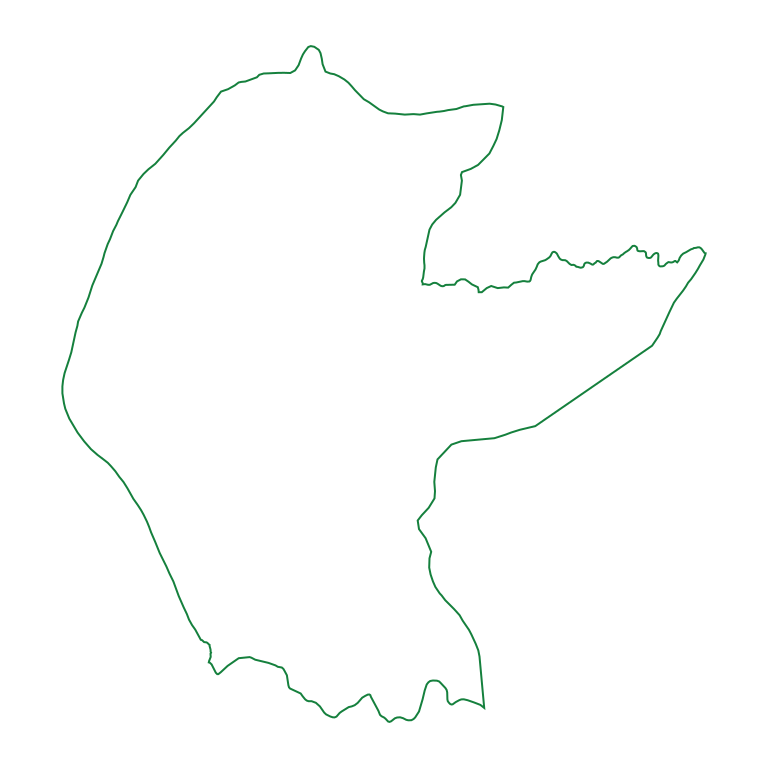 outline of Xieng Ngeun, Louangphrabang, Laos
{"feature_id": "54806243B25944960154772", "entity_name": "Xieng Ngeun", "entity_type": "district", "adm_level": 2, "iso_a3": "LAO", "parent_name": "Laos", "parent_adm1": "Louangphrabang", "projection": "natural_earth1", "projection_center": [102.356, 19.612], "detail": "fine", "context": "isolated", "style": "outline", "palette": "green", "viewbox_px": 768, "rotation_deg": 0, "n_neighbors": 0, "source": "geoboundaries", "source_scale": "gbopen_adm2", "svg_char_len": 6072}
<svg xmlns="http://www.w3.org/2000/svg" viewBox="0 0 768 768"><path d="M484.2,707.9L479.5,656.5L478.3,650.4L475.7,643.8L471.4,634.5L469.0,629.9L462.7,620.7L459.6,615.2L454.0,609.0L445.2,600.2L441.6,595.4L439.7,593.4L435.4,587.0L432.9,581.3L430.6,574.5L429.2,567.6L429.5,558.3L431.2,551.8L425.6,538.2L419.0,529.1L417.7,520.5L421.8,515.2L428.7,507.8L434.5,498.4L435.0,491.2L434.3,481.9L435.8,467.4L437.5,459.4L451.4,444.6L461.4,441.2L494.4,438.2L505.4,434.7L511.2,432.5L519.8,429.8L535.3,426.1L652.1,345.7L657.6,337.6L659.7,334.1L660.7,331.2L669.5,311.9L673.9,302.7L676.8,298.6L683.0,290.7L685.9,286.5L688.1,282.7L691.1,279.2L695.4,273.0L698.0,268.8L699.8,265.5L703.4,259.5L705.4,254.4L705.6,253.4L705.4,253.4L704.4,252.8L701.8,249.2L700.6,248.0L699.3,247.3L698.5,247.3L697.5,247.4L696.2,247.8L693.7,248.1L693.1,248.6L690.8,249.4L686.1,252.2L683.2,253.6L681.2,255.5L679.6,258.0L679.3,259.0L678.7,260.5L677.2,262.4L676.8,262.2L675.5,261.0L675.1,261.0L674.5,261.1L673.6,261.8L672.5,262.3L671.1,262.5L668.5,262.1L667.9,262.4L666.0,263.8L664.4,265.6L663.4,266.1L662.4,266.3L660.5,266.4L659.6,266.2L658.9,265.5L658.4,264.7L658.3,262.3L658.1,260.7L658.4,255.7L658.2,254.1L658.0,253.6L656.8,253.0L655.4,253.2L654.1,254.0L653.3,254.7L651.1,257.4L650.1,257.9L649.1,258.0L648.1,257.9L647.0,257.5L646.4,256.6L646.1,255.4L646.0,253.6L645.8,252.6L645.3,252.0L644.1,251.2L643.4,251.1L640.0,251.3L638.2,251.0L637.6,250.6L637.3,249.9L637.1,248.3L636.5,247.0L635.2,246.1L634.4,245.8L633.4,245.9L632.7,246.0L632.1,246.5L630.2,248.7L628.9,250.0L627.0,251.3L625.9,251.9L624.1,253.2L623.0,254.3L621.0,255.4L619.2,257.3L618.2,257.7L617.1,257.7L615.1,257.2L614.2,257.2L613.3,257.2L612.4,257.5L611.4,257.9L610.5,258.5L607.1,261.7L604.3,263.6L603.7,263.9L603.0,263.9L602.5,263.7L599.1,261.4L598.1,261.0L597.2,261.0L596.8,261.2L595.7,262.6L594.5,263.3L593.6,264.2L593.0,264.6L592.2,264.6L590.3,263.5L588.2,262.6L586.2,262.6L584.9,263.3L584.5,263.8L584.2,264.4L583.9,265.7L583.3,266.7L582.8,267.2L581.5,267.6L580.4,267.7L577.8,266.9L576.3,266.7L575.4,265.7L574.1,265.0L573.4,264.8L571.6,265.0L571.1,264.8L569.6,263.9L566.8,261.1L565.6,260.4L565.1,260.2L562.4,260.1L561.0,259.6L559.8,258.7L559.4,258.1L558.1,256.0L557.1,254.0L556.5,253.2L555.2,252.2L554.5,251.9L553.9,251.8L553.2,252.0L552.5,252.3L551.7,253.5L550.5,256.0L549.3,257.4L546.5,259.4L545.1,260.2L540.9,261.5L539.5,262.2L539.0,262.7L537.7,264.3L536.7,266.9L535.5,269.5L532.5,273.9L532.0,274.8L531.2,277.1L530.6,279.9L530.0,281.0L529.3,281.5L527.2,281.6L524.4,281.1L522.9,281.1L516.2,282.5L514.0,282.7L511.3,284.8L508.2,287.6L503.9,287.4L497.7,288.1L491.2,286.0L486.7,288.1L481.8,292.2L478.7,292.2L478.5,289.8L477.8,287.2L471.9,284.4L468.5,281.7L465.1,279.4L461.0,279.3L457.0,281.4L454.7,284.7L445.9,284.9L445.0,285.2L444.1,285.9L443.1,286.2L442.1,286.2L440.7,285.8L437.4,283.6L436.1,283.0L435.2,282.9L434.0,282.9L433.2,283.0L429.8,284.8L428.1,284.8L425.1,284.1L422.7,284.4L422.8,283.5L422.5,282.6L421.9,281.5L421.9,280.7L422.7,279.2L423.2,277.3L423.9,271.6L424.5,268.4L424.5,265.2L424.2,262.8L424.0,258.7L424.1,256.7L424.4,252.7L424.8,249.9L425.7,246.9L429.5,229.6L432.2,224.5L436.1,219.8L444.5,212.4L451.3,207.2L455.4,202.9L460.1,194.8L461.9,180.6L460.9,175.0L462.0,172.1L470.8,168.9L478.1,164.9L489.4,153.5L493.3,146.0L496.6,139.0L499.3,130.3L501.8,120.1L503.3,107.0L502.1,106.4L495.5,104.5L489.6,103.7L473.3,104.8L465.6,106.2L463.8,106.4L456.4,109.0L448.1,110.1L444.0,111.0L439.6,111.6L437.0,111.8L426.6,113.4L420.0,114.6L413.5,114.1L404.8,114.6L395.0,113.6L388.0,113.3L382.9,111.4L379.3,109.6L369.1,102.3L363.8,99.2L355.0,90.2L351.6,86.2L348.4,82.7L344.4,79.5L338.8,76.2L334.2,74.2L330.3,73.5L325.5,71.6L322.6,64.2L321.8,58.8L320.5,53.1L318.8,49.9L314.3,46.8L310.8,46.1L308.3,47.0L305.0,51.2L302.9,54.5L301.1,58.5L298.6,65.2L295.1,70.4L290.3,73.0L283.9,72.8L277.6,72.9L269.2,73.3L263.7,73.5L259.3,74.8L256.9,77.3L245.4,81.5L241.3,81.9L238.6,82.5L234.8,85.4L228.0,89.2L221.0,91.6L216.7,97.3L214.0,101.5L193.9,123.4L188.9,128.2L183.0,132.8L179.4,136.1L175.7,140.7L169.3,147.6L163.3,154.9L155.3,163.8L148.4,169.3L143.5,174.0L138.1,180.6L135.6,187.1L130.4,194.8L127.2,202.3L122.4,212.2L117.9,221.2L116.4,224.8L113.1,231.1L110.0,239.2L107.7,244.1L104.5,253.2L103.5,257.2L101.5,263.8L92.3,285.5L88.5,297.5L84.4,307.7L81.8,312.9L78.1,321.5L77.4,325.8L75.6,332.3L71.3,352.3L69.0,359.8L64.6,373.1L63.1,380.1L62.4,386.4L62.4,393.3L64.0,403.4L65.3,408.8L69.3,418.6L77.6,432.6L84.2,441.4L91.0,449.2L97.5,454.9L103.2,459.2L107.8,462.8L111.0,466.2L115.3,471.2L119.4,477.0L123.5,482.0L127.5,488.4L133.4,498.9L137.8,505.1L141.1,510.2L143.7,514.9L147.0,521.7L149.2,527.1L151.1,532.4L155.2,541.9L159.7,553.0L166.4,566.5L169.4,573.4L173.4,581.5L178.7,596.0L183.7,607.4L186.9,614.1L189.0,619.6L192.0,625.0L195.3,629.7L200.8,639.8L202.1,640.2L204.1,642.1L206.6,642.4L207.5,643.0L208.9,644.4L209.6,644.9L209.6,646.1L210.5,649.4L210.6,650.7L210.6,651.7L211.1,652.7L210.5,653.7L210.7,656.9L209.1,661.0L208.8,662.4L209.7,662.6L211.6,664.4L215.8,672.7L217.2,674.1L218.4,674.1L220.8,672.2L227.6,665.9L238.7,658.2L249.6,657.1L251.4,657.7L255.2,659.7L268.5,662.9L275.5,665.4L277.8,666.8L281.8,667.5L283.4,668.9L284.6,671.0L286.9,675.3L288.4,685.3L289.0,687.3L290.0,688.5L300.7,693.5L302.6,696.2L305.1,699.3L306.8,700.6L308.6,701.2L311.6,701.2L315.9,702.8L319.9,706.4L324.2,712.6L326.1,714.4L330.3,716.5L332.8,717.3L334.6,717.4L336.5,716.6L339.6,713.0L341.6,711.5L348.7,707.1L351.7,706.4L354.7,705.2L357.7,702.9L362.2,697.7L365.2,695.9L367.8,694.6L369.4,694.5L370.3,695.1L370.9,696.8L378.4,710.8L380.0,714.8L381.5,716.2L384.2,717.6L385.6,718.8L388.1,721.5L389.5,721.9L391.1,721.3L394.9,718.3L397.1,717.5L400.1,717.3L403.1,718.2L406.2,719.8L408.3,720.3L411.4,720.2L413.6,719.0L415.2,717.4L419.0,711.5L422.6,699.3L424.7,690.5L426.7,684.5L428.4,682.3L430.2,681.0L433.0,680.5L437.0,680.7L439.2,681.5L440.7,683.0L445.4,688.0L446.6,689.9L447.2,692.3L447.4,699.4L447.8,701.2L448.9,702.7L450.3,704.1L451.6,704.5L452.7,704.3L455.7,702.1L459.4,700.1L461.3,699.4L463.8,699.3L467.6,700.2L474.2,702.5L480.4,704.9L484.2,707.9Z" fill="none" stroke="#15803d" stroke-width="2"/></svg>